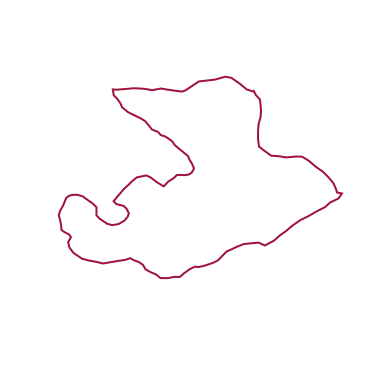 Gadabay District, Gədəbəy, Azerbaijan, rotated 305°
{"feature_id": "54616110B46799199998097", "entity_name": "Gadabay District", "entity_type": "district", "adm_level": 2, "iso_a3": "AZE", "parent_name": "Azerbaijan", "parent_adm1": "Gədəbəy", "projection": "robinson", "projection_center": [45.649, 40.556], "detail": "fine", "context": "isolated", "style": "outline", "palette": "rose", "viewbox_px": 384, "rotation_deg": 305, "n_neighbors": 0, "source": "geoboundaries", "source_scale": "gbopen_adm2", "svg_char_len": 2215}
<svg xmlns="http://www.w3.org/2000/svg" viewBox="0 0 384 384"><g transform="rotate(305 192 192)"><path d="M230.6,68.3L226.3,72.5L225.5,77.3L223.7,82.2L221.3,86.2L220.7,93.8L222.2,103.6L222.9,107.6L223.2,112.8L221.7,118.5L220.2,123.4L221.7,129.6L220.7,133.9L222.0,137.7L222.3,141.8L222.1,146.8L220.5,151.1L219.9,158.4L219.6,162.7L219.1,168.4L217.1,171.2L215.4,175.3L212.7,179.8L212.3,180.1L207.7,180.7L204.4,179.3L201.7,176.5L199.8,173.4L197.3,169.9L193.1,169.1L186.9,166.6L180.4,165.6L179.9,158.1L180.2,149.5L179.3,145.0L175.3,141.2L172.3,138.4L166.7,136.8L161.6,135.9L155.7,134.5L151.9,134.2L146.0,133.6L139.6,133.0L139.1,135.2L138.7,137.0L140.5,141.6L141.3,143.9L141.4,144.0L140.7,148.1L138.3,152.6L134.4,153.5L129.6,153.0L123.6,150.2L119.1,145.7L117.3,140.6L117.3,138.4L117.2,136.6L117.2,131.5L118.1,127.1L122.3,124.2L122.7,123.9L124.8,122.4L125.6,117.2L125.6,111.9L125.8,105.1L123.8,99.3L120.6,95.2L119.9,94.7L118.0,93.3L117.7,93.2L114.9,92.4L106.9,94.2L100.7,94.8L96.4,96.3L93.4,100.0L90.0,103.6L86.0,106.9L86.0,110.8L86.7,115.7L85.6,118.7L79.8,119.3L76.1,123.7L74.1,130.0L74.2,135.6L74.3,140.4L76.9,147.2L79.8,153.5L82.4,160.1L89.3,167.1L93.4,171.2L97.5,175.7L102.4,179.5L102.7,183.1L104.1,188.7L104.2,193.6L102.0,198.3L102.6,204.1L103.8,209.6L103.4,215.5L107.4,221.4L112.5,226.4L115.4,230.7L121.1,232.2L127.3,234.3L132.2,237.0L134.6,240.7L138.8,244.5L145.6,249.6L150.9,252.5L156.7,253.4L163.1,254.5L168.5,257.7L172.6,260.0L179.1,264.3L185.0,271.2L188.7,275.5L190.0,282.4L199.3,287.1L206.7,288.8L213.2,291.2L221.7,293.4L231.2,296.9L238.4,300.9L247.7,305.3L256.1,309.7L262.7,311.2L270.7,315.7L276.8,315.6L274.8,311.2L277.0,308.3L280.3,302.8L282.2,296.0L283.7,287.9L283.7,279.6L284.0,275.8L284.6,270.0L284.1,262.0L280.9,257.1L274.3,249.2L271.1,242.6L267.2,236.1L267.3,227.1L267.6,220.9L273.4,215.6L280.2,210.9L285.4,207.8L293.1,205.0L297.4,202.4L301.7,199.1L306.8,194.5L308.0,188.8L309.9,185.2L309.6,185.3L307.4,177.9L308.1,169.5L308.1,163.1L308.1,158.7L305.5,153.1L297.4,146.5L294.2,142.9L286.5,134.2L279.4,131.4L271.5,128.4L268.5,126.2L264.9,119.4L261.5,112.6L259.0,107.3L252.6,100.9L249.4,94.2L246.9,89.9L243.5,84.7L238.6,78.9L232.6,71.6L230.6,68.3Z" fill="none" stroke="#9f1239" stroke-width="2"/></g></svg>